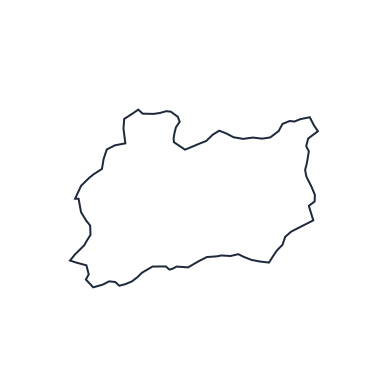 outline of Jinan-gun, North Jeolla, South Korea, rotated 243°
{"feature_id": "91817680B51132506733028", "entity_name": "Jinan-gun", "entity_type": "district", "adm_level": 2, "iso_a3": "KOR", "parent_name": "South Korea", "parent_adm1": "North Jeolla", "projection": "natural_earth1", "projection_center": [127.438, 35.818], "detail": "fine", "context": "isolated", "style": "outline", "palette": "slate", "viewbox_px": 384, "rotation_deg": 243, "n_neighbors": 0, "source": "geoboundaries", "source_scale": "gbopen_adm2", "svg_char_len": 1339}
<svg xmlns="http://www.w3.org/2000/svg" viewBox="0 0 384 384"><g transform="rotate(243 192 192)"><path d="M162.2,57.7L151.9,60.7L150.0,70.4L150.0,77.6L146.7,82.7L141.5,84.7L140.2,90.5L139.6,97.7L140.9,104.8L142.8,110.7L143.5,123.0L137.6,134.8L133.1,136.7L132.5,139.3L132.5,144.5L126.6,154.3L127.3,166.0L127.3,175.7L123.4,184.9L122.1,189.4L117.5,197.2L115.6,205.0L110.4,208.9L104.5,214.2L99.4,220.7L95.2,227.0L94.2,228.5L98.7,236.3L101.3,240.9L103.9,248.7L109.7,254.6L111.7,262.4L111.7,271.5L111.7,287.2L126.6,289.8L127.9,297.0L133.7,300.2L143.4,300.9L153.8,300.9L160.3,302.8L165.5,307.4L175.2,314.6L181.1,314.6L186.9,319.8L189.0,331.8L196.0,330.9L205.1,330.9L207.7,321.8L208.3,315.2L210.9,311.3L211.6,303.5L207.0,297.0L205.1,286.5L207.7,278.7L212.9,270.9L216.1,261.7L221.9,253.9L228.4,249.3L234.3,244.1L233.6,236.3L231.0,227.8L231.7,220.7L232.9,205.0L244.6,198.5L247.9,199.8L252.4,203.1L256.9,207.0L260.2,212.9L265.4,213.5L273.2,209.6L275.7,205.7L277.0,199.2L279.0,193.3L284.2,183.6L289.8,181.5L288.9,175.0L287.9,164.8L279.8,159.8L265.6,154.7L268.6,144.5L268.6,135.4L261.5,128.2L253.4,122.2L252.5,112.6L251.3,106.8L247.9,96.0L239.1,84.8L237.5,87.9L224.5,84.0L214.8,84.7L208.3,86.0L199.9,82.1L196.0,75.6L193.4,71.7L189.5,59.4L186.3,52.2L181.7,56.8L174.6,64.6L165.5,62.6L162.2,57.7Z" fill="none" stroke="#1e293b" stroke-width="2"/></g></svg>